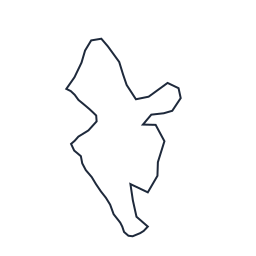 outline of Mousoulita, Cyprus, rotated 54°
{"feature_id": "46923920B47977238929858", "entity_name": "Mousoulita", "entity_type": "district", "adm_level": 2, "iso_a3": "CYP", "parent_name": "Cyprus", "parent_adm1": "", "projection": "equal_earth", "projection_center": [33.644, 35.193], "detail": "fine", "context": "isolated", "style": "outline", "palette": "slate", "viewbox_px": 256, "rotation_deg": 54, "n_neighbors": 0, "source": "geoboundaries", "source_scale": "gbopen_adm2", "svg_char_len": 855}
<svg xmlns="http://www.w3.org/2000/svg" viewBox="0 0 256 256"><g transform="rotate(54 128 128)"><path d="M60.1,154.9L64.5,152.6L69.9,151.6L76.2,151.6L83.1,149.8L90.0,148.1L95.1,147.1L99.2,146.4L104.2,149.5L106.7,161.5L105.8,173.2L107.0,178.6L107.4,183.4L114.6,184.8L123.1,182.7L129.7,185.8L137.3,186.9L146.4,186.2L154.6,186.9L163.4,187.2L171.6,186.9L179.5,187.5L189.3,190.3L200.0,189.9L204.4,190.6L209.8,192.3L215.4,191.0L218.3,187.9L220.2,180.0L220.5,175.9L219.4,169.9L204.8,173.3L189.4,166.6L174.8,159.0L191.7,149.8L184.0,132.3L173.2,123.9L160.1,106.3L141.7,103.8L134.0,113.9L130.9,101.3L137.1,90.4L140.1,82.1L134.8,67.8L125.5,63.7L114.8,69.5L114.8,82.9L114.8,92.9L109.4,104.7L92.4,103.8L81.7,100.5L69.4,96.3L60.9,96.3L50.1,96.3L40.1,97.1L35.5,106.3L40.1,117.2L47.8,127.2L55.5,141.5L60.1,154.9Z" fill="none" stroke="#1e293b" stroke-width="2"/></g></svg>